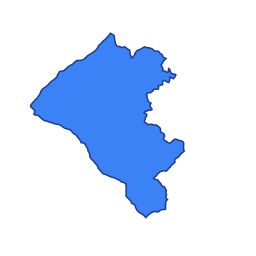 Brumadinho, Minas Gerais, Brazil, rotated 236°
{"feature_id": "56859067B71494732621842", "entity_name": "Brumadinho", "entity_type": "district", "adm_level": 2, "iso_a3": "BRA", "parent_name": "Brazil", "parent_adm1": "Minas Gerais", "projection": "robinson", "projection_center": [-44.135, -20.186], "detail": "fine", "context": "isolated", "style": "filled", "palette": "blue", "viewbox_px": 256, "rotation_deg": 236, "n_neighbors": 0, "source": "geoboundaries", "source_scale": "gbopen_adm2", "svg_char_len": 3968}
<svg xmlns="http://www.w3.org/2000/svg" viewBox="0 0 256 256"><g transform="rotate(236 128 128)"><path d="M191.9,57.6L190.6,58.5L189.5,59.8L188.4,60.7L187.0,61.0L185.5,61.2L183.6,61.8L181.0,62.7L179.3,64.3L178.2,65.2L176.4,66.5L174.4,68.1L172.6,69.5L171.1,70.9L170.0,72.2L168.8,73.3L166.8,74.2L164.3,74.9L162.4,76.0L161.2,77.1L159.6,78.5L158.0,79.3L156.4,79.4L153.8,79.8L151.5,81.0L148.7,81.1L146.6,81.3L144.1,81.4L142.1,80.9L141.1,81.9L140.1,83.2L137.7,83.3L135.6,83.0L133.3,83.0L131.8,82.1L129.5,82.0L127.5,81.4L125.2,80.2L123.3,80.2L121.6,80.5L120.3,80.9L119.0,81.0L117.6,81.1L116.1,81.2L114.6,81.4L113.0,81.3L110.9,80.8L109.1,81.2L106.9,81.3L105.0,81.5L103.4,82.1L102.1,83.3L100.6,84.3L98.6,85.4L96.9,86.6L95.6,87.7L94.1,89.0L92.1,90.2L90.4,91.1L88.6,92.0L86.7,92.5L85.1,94.1L83.1,95.0L81.2,94.0L79.3,93.0L77.5,91.6L75.9,90.7L74.3,89.5L72.8,88.3L70.1,88.6L68.1,89.1L65.8,89.4L63.7,88.9L62.1,89.8L60.1,90.6L57.5,89.8L55.4,89.5L53.5,89.6L51.2,90.2L48.9,91.5L46.5,92.3L43.8,92.7L44.2,94.4L44.5,96.1L44.7,98.5L44.6,100.7L44.3,102.5L43.5,103.9L42.5,104.9L41.5,106.0L41.7,107.8L41.6,110.0L40.7,111.7L39.6,113.5L41.0,114.8L42.3,115.2L43.2,116.4L45.0,117.2L46.2,119.1L46.8,120.9L48.2,120.2L49.7,120.7L50.5,122.3L51.9,122.8L53.4,123.4L54.5,124.8L57.1,125.1L58.7,125.3L60.3,124.1L62.4,123.8L63.9,124.1L65.5,123.7L67.9,123.8L70.1,121.9L72.1,121.1L72.4,123.0L72.5,125.0L73.5,126.9L73.5,128.8L73.7,130.4L73.2,132.4L72.3,134.2L70.9,135.4L71.0,137.2L71.7,138.8L71.9,141.0L72.8,143.2L73.0,145.7L73.4,147.9L75.0,148.5L75.9,149.7L75.8,151.7L75.8,154.1L76.6,156.1L77.1,158.7L77.4,161.6L79.6,162.4L81.2,163.5L82.6,164.4L83.7,165.5L85.6,165.9L87.1,165.3L88.2,164.4L89.6,163.0L91.3,162.0L92.6,160.7L92.5,158.5L92.0,156.2L92.2,153.6L93.7,152.9L95.6,152.3L97.6,151.2L99.7,151.6L100.7,153.9L102.8,154.6L104.6,153.7L106.3,153.0L107.9,153.5L109.5,154.6L111.7,154.3L113.6,153.6L114.9,153.0L116.0,151.0L117.7,149.9L118.6,148.5L119.7,146.6L121.8,145.8L123.8,144.9L124.9,145.9L125.6,147.2L127.0,148.3L127.6,150.3L128.7,151.1L130.2,150.8L131.8,149.9L132.2,152.0L131.3,153.5L131.4,155.1L130.2,156.3L130.0,158.3L131.5,158.5L133.7,158.2L134.9,159.6L135.7,161.0L137.2,160.1L138.7,159.7L140.3,160.3L142.3,160.7L144.1,161.9L145.9,162.4L146.0,164.3L144.7,166.2L144.7,169.0L145.7,171.2L144.6,172.8L143.3,174.9L144.3,176.0L146.0,176.6L145.4,179.0L144.5,180.9L145.8,181.6L147.2,182.6L147.2,184.6L145.9,185.5L144.3,186.1L142.9,187.2L144.0,189.0L145.1,189.9L146.7,191.0L145.2,192.1L143.5,193.2L144.0,195.3L145.2,197.4L146.5,197.0L147.5,195.5L149.3,194.5L151.6,194.8L152.9,195.4L154.5,195.0L153.4,193.8L152.0,193.0L152.4,191.3L154.0,190.8L155.3,189.7L156.2,188.6L157.5,190.1L159.5,190.4L161.7,190.7L162.6,193.1L163.7,194.7L163.9,196.6L164.4,198.4L165.9,197.3L167.4,196.7L168.8,197.2L170.4,197.2L171.6,196.3L173.6,196.3L175.2,195.8L175.9,194.3L177.1,193.0L178.6,192.6L180.0,192.3L181.2,191.6L182.6,190.4L183.9,188.8L186.0,187.1L186.2,184.9L186.3,182.9L186.5,181.4L187.1,179.6L186.8,177.4L186.0,175.7L184.6,173.8L184.1,171.6L184.3,169.9L186.0,170.7L188.1,171.0L190.1,172.3L191.8,172.9L193.5,171.9L195.2,171.4L197.2,170.7L197.8,168.6L198.8,167.3L200.3,166.8L201.4,164.7L203.3,164.7L204.8,164.8L206.2,165.3L207.8,166.0L209.1,166.6L210.7,167.4L212.4,168.2L214.5,167.4L216.4,166.4L215.3,163.3L214.7,160.7L214.2,158.7L214.1,156.9L213.7,154.7L213.1,152.2L212.8,149.7L211.6,147.9L210.8,146.1L210.5,144.0L210.3,141.5L210.3,139.1L210.4,137.5L210.6,135.9L210.4,134.2L210.0,131.9L209.7,130.0L209.9,128.0L211.0,125.9L211.7,124.6L212.7,123.2L212.5,121.2L212.3,119.7L211.8,117.4L212.2,115.3L212.2,113.3L212.2,111.8L211.7,109.5L211.4,106.5L212.5,104.5L213.1,102.9L212.4,101.6L211.8,99.7L210.2,97.7L209.9,96.0L209.6,94.1L209.5,91.9L209.4,89.4L208.9,87.7L208.5,85.9L208.0,82.9L208.2,80.0L207.8,77.8L206.9,75.9L205.3,73.8L204.7,71.9L203.6,69.4L203.4,67.3L202.7,65.5L202.5,63.8L202.0,62.2L201.2,59.9L199.9,59.2L198.0,59.7L196.1,60.2L194.5,60.5L193.3,59.4L191.9,57.6Z" fill="#3b82f6" stroke="#1e3a8a" stroke-width="1.5"/></g></svg>